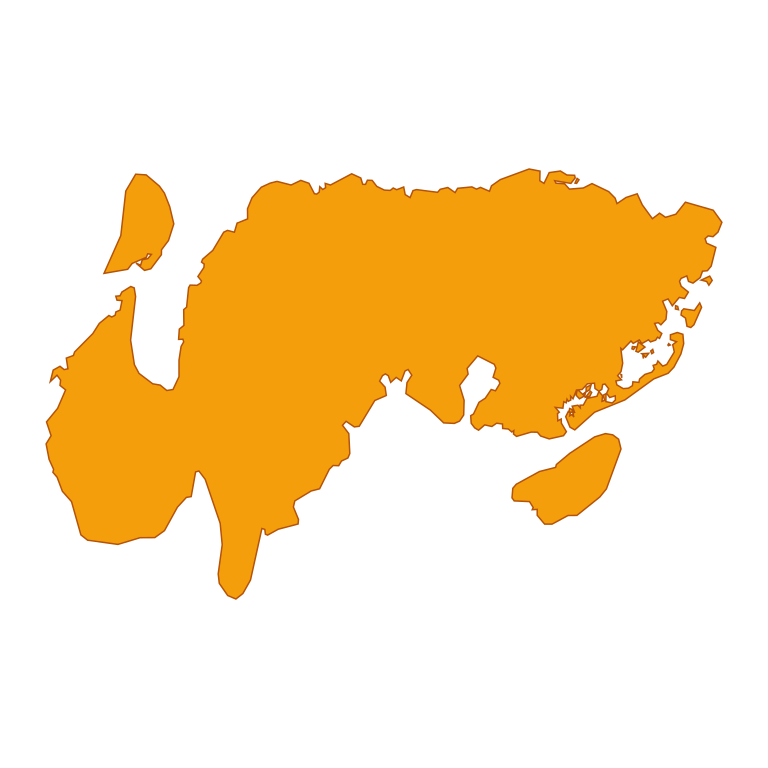 the district of Temotu-Nende, Temotu, Solomon Islands
{"feature_id": "97153195B91208568213874", "entity_name": "Temotu-Nende", "entity_type": "district", "adm_level": 2, "iso_a3": "SLB", "parent_name": "Solomon Islands", "parent_adm1": "Temotu", "projection": "natural_earth1", "projection_center": [165.974, -10.758], "detail": "fine", "context": "isolated", "style": "filled", "palette": "amber", "viewbox_px": 768, "rotation_deg": 0, "n_neighbors": 0, "source": "geoboundaries", "source_scale": "gbopen_adm2", "svg_char_len": 6124}
<svg xmlns="http://www.w3.org/2000/svg" viewBox="0 0 768 768"><path d="M721.9,222.3L713.2,210.2L685.4,202.2L675.9,214.2L665.5,217.3L659.6,213.2L652.4,218.7L642.3,204.9L637.2,193.8L626.0,197.5L617.0,203.6L615.1,198.1L608.7,191.6L592.0,183.6L583.3,188.0L569.4,189.1L564.6,183.8L556.0,183.2L554.7,180.7L570.9,183.4L575.2,177.9L574.6,175.3L566.9,175.0L560.4,171.0L549.2,172.6L544.0,183.4L539.8,180.7L540.0,171.1L529.1,169.0L500.3,179.6L491.5,185.8L489.5,191.3L480.5,187.4L476.5,189.1L471.9,186.9L457.6,188.3L455.1,192.6L447.8,187.5L440.2,189.3L437.6,192.3L416.4,189.6L413.0,190.6L410.1,197.6L405.2,194.6L403.7,187.0L396.7,189.7L393.2,188.0L390.3,190.4L384.4,190.1L376.8,186.4L372.2,180.4L367.4,180.2L365.5,184.4L362.7,184.3L360.8,178.0L351.7,173.8L330.5,185.0L325.2,183.4L325.6,187.7L322.8,189.5L319.8,186.7L319.2,192.1L316.7,194.1L314.4,193.7L309.0,183.3L300.8,180.4L291.1,185.0L277.0,181.4L270.2,183.1L261.3,187.2L252.0,197.8L247.5,208.8L247.6,218.9L237.1,223.1L234.4,232.2L227.5,230.4L223.7,232.2L212.8,250.4L202.6,259.2L201.5,262.1L204.2,264.1L203.9,267.5L197.9,276.5L201.5,281.0L200.7,283.0L197.1,285.3L190.1,285.1L188.6,287.7L186.6,307.2L183.7,309.6L183.9,325.4L179.3,329.1L178.6,339.4L182.9,339.2L183.7,341.9L181.1,346.4L179.0,360.2L179.0,376.7L173.0,389.5L166.8,390.5L160.2,385.1L152.7,383.8L139.0,373.4L134.4,364.7L130.6,340.1L135.6,296.5L134.2,287.9L130.8,286.5L121.9,292.0L120.0,295.8L115.8,296.2L117.0,300.2L122.0,300.6L120.1,310.1L115.9,311.9L115.1,315.3L111.7,317.0L108.9,315.5L99.3,323.4L92.8,333.6L74.6,352.0L73.4,355.5L66.3,358.1L67.9,368.8L64.1,369.6L60.0,366.3L53.2,370.1L50.3,381.6L57.0,375.2L60.6,380.1L60.0,385.4L65.6,389.9L57.6,408.4L46.5,421.9L51.1,435.7L46.1,443.9L49.1,459.4L53.6,469.3L52.9,472.3L57.1,477.2L62.4,491.3L71.5,501.6L80.9,534.9L87.6,540.2L117.9,544.4L140.1,537.7L154.8,537.6L164.5,530.6L177.4,507.2L186.4,497.4L191.2,496.6L195.6,471.9L198.9,471.0L205.2,479.3L220.2,523.4L222.2,544.8L218.2,573.9L219.3,583.4L227.7,595.5L235.9,599.0L242.9,593.5L250.5,580.0L261.9,528.5L264.8,529.4L265.4,534.2L267.6,535.1L278.3,529.2L298.1,524.0L298.5,519.5L293.4,507.0L294.8,500.9L311.1,491.0L319.6,488.8L329.3,469.3L333.1,465.5L338.7,465.7L341.5,461.0L347.9,458.0L349.8,453.5L348.8,433.6L342.5,425.3L346.1,421.3L354.3,426.9L359.2,426.3L374.8,400.5L386.3,395.5L385.1,387.2L379.6,381.1L382.5,375.6L385.4,373.9L388.3,375.7L390.7,382.4L396.2,377.4L401.3,380.9L405.0,371.0L408.1,369.5L411.8,375.2L407.0,382.6L405.9,393.6L430.4,410.1L443.7,422.9L454.4,423.4L459.6,421.1L463.7,415.0L464.1,400.3L459.6,385.5L468.1,374.1L467.1,368.4L477.7,355.9L494.3,364.3L495.9,368.1L493.1,377.3L498.7,380.2L499.9,383.4L495.5,390.8L491.2,389.5L485.3,398.2L479.0,402.3L473.5,414.0L470.7,415.7L471.2,423.3L474.7,427.9L478.6,430.2L484.7,424.9L491.9,426.5L496.6,423.2L502.5,424.0L502.7,428.5L508.3,429.0L511.8,432.0L513.8,430.6L513.5,434.0L516.5,436.4L531.1,432.1L537.4,432.2L540.6,436.0L549.2,438.9L563.5,435.7L566.4,431.7L561.4,423.2L561.2,419.0L557.8,420.8L557.5,413.6L559.3,412.2L555.3,407.4L562.9,408.2L563.8,401.7L566.2,402.8L567.0,399.2L568.3,401.3L570.8,400.0L570.6,396.2L573.0,398.8L576.5,390.0L582.1,389.5L587.4,383.8L594.5,383.2L595.0,388.5L598.9,391.2L601.8,389.4L602.7,384.5L605.0,384.0L608.7,388.8L606.6,393.3L609.7,397.5L615.2,395.8L615.4,400.0L612.2,403.0L605.9,401.6L606.0,393.7L603.2,395.2L604.6,400.4L602.0,401.3L602.5,395.7L598.9,391.5L596.9,396.3L587.0,398.4L583.3,405.1L580.1,405.2L580.3,407.8L577.9,405.2L572.2,406.2L574.6,412.4L573.0,412.9L573.8,417.1L572.1,414.5L569.7,415.8L570.3,413.1L568.3,411.5L565.7,416.7L570.0,427.2L574.8,429.9L594.6,412.2L624.9,399.9L653.8,378.9L668.1,373.3L673.9,367.2L680.9,354.0L683.7,343.7L682.9,334.3L677.3,332.5L670.4,334.8L670.4,339.6L676.5,341.7L672.7,344.7L674.3,352.0L666.7,364.5L662.7,366.1L657.9,361.0L656.6,364.3L653.1,365.4L654.3,369.1L651.8,372.2L644.9,374.4L639.6,379.0L638.9,382.4L632.9,381.8L632.4,385.7L628.4,388.2L623.2,388.6L616.9,384.9L615.9,381.0L621.5,379.8L617.6,375.7L621.0,371.6L622.7,363.2L620.8,348.3L622.6,349.8L631.0,341.0L633.2,343.4L639.3,339.9L641.8,343.6L648.5,339.8L650.5,341.9L655.7,340.1L657.5,337.2L659.5,338.4L661.8,333.5L657.8,330.4L654.6,323.4L658.3,322.7L660.9,324.8L666.0,319.3L666.8,311.4L662.6,301.2L668.1,298.9L672.3,305.8L679.3,297.4L684.5,298.5L688.4,292.1L681.2,286.3L679.5,281.3L681.1,278.4L686.8,275.9L688.5,281.4L693.0,283.1L700.2,277.6L702.5,271.2L707.4,270.7L711.2,266.1L715.9,247.4L706.6,243.2L705.1,238.6L708.2,235.9L713.0,236.7L718.0,232.1L721.9,222.3ZM621.0,449.0L618.6,439.2L612.7,434.8L605.4,433.6L594.6,436.9L569.8,453.3L556.4,464.5L555.6,467.4L539.5,471.5L516.3,484.2L512.8,488.3L512.0,497.8L514.2,500.9L529.5,501.6L533.2,507.5L532.2,509.7L537.2,509.4L537.2,515.3L544.6,524.1L552.1,524.1L568.0,515.5L576.9,515.4L599.8,497.0L606.4,488.9L621.0,449.0ZM173.8,223.9L169.7,206.6L164.4,193.1L159.4,186.1L146.2,174.9L135.7,174.2L125.8,191.0L120.8,235.6L104.0,273.4L127.7,269.3L132.2,263.4L146.3,257.3L147.7,253.8L151.4,254.4L147.9,258.6L142.3,259.8L140.6,265.2L136.0,263.1L144.5,270.4L150.8,268.8L161.4,254.7L161.5,249.8L168.5,240.5L173.8,223.9ZM701.6,307.3L699.7,302.9L694.4,310.5L683.8,308.8L681.6,311.0L681.0,315.0L685.5,318.1L687.0,326.3L690.8,327.5L693.9,324.8L701.6,307.3ZM712.2,280.4L709.7,276.1L701.2,280.1L706.7,281.5L708.9,285.2L712.2,280.4ZM645.0,347.1L638.4,341.9L635.9,351.3L638.2,352.2L645.0,347.1ZM584.4,396.0L578.4,390.3L576.9,390.7L576.2,395.3L579.5,398.8L584.4,396.0ZM591.7,392.4L590.3,391.2L585.6,397.2L589.8,396.3L591.7,392.4ZM591.1,384.9L586.2,387.3L586.0,392.0L589.7,389.7L591.1,384.9ZM645.7,357.2L648.7,353.3L641.8,353.7L645.7,357.2ZM678.5,309.7L677.7,306.4L675.6,305.7L675.4,309.0L678.5,309.7ZM572.9,412.2L571.8,409.3L569.6,408.5L569.1,412.1L572.9,412.2ZM579.0,179.8L577.1,178.4L575.0,183.1L576.6,183.4L579.0,179.8ZM653.6,352.5L652.7,349.4L650.7,351.0L651.8,353.7L653.6,352.5ZM584.7,395.9L585.7,391.9L583.4,393.8L584.7,395.9ZM635.6,346.9L632.4,346.5L631.9,348.8L633.5,349.5L635.6,346.9ZM643.4,358.5L643.7,355.7L642.9,356.0L643.4,358.5ZM670.3,345.0L668.7,343.6L667.9,345.0L668.4,345.7L670.3,345.0ZM621.8,377.8L621.6,374.7L620.9,374.5L621.8,377.8Z" fill="#f59e0b" stroke="#b45309" stroke-width="1.5"/></svg>